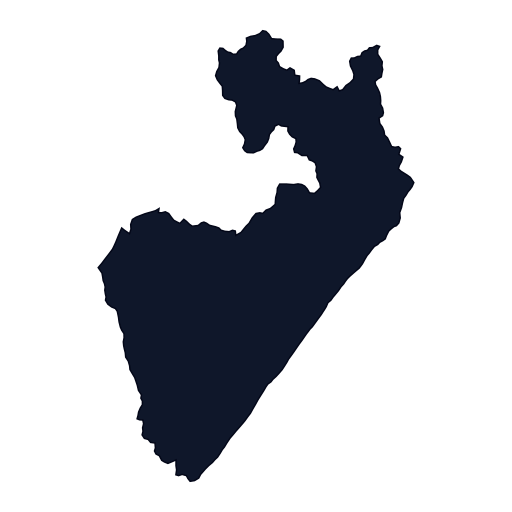 outline of Camaçari, Bahia, Brazil
{"feature_id": "56859067B88239143593841", "entity_name": "Camaçari", "entity_type": "district", "adm_level": 2, "iso_a3": "BRA", "parent_name": "Brazil", "parent_adm1": "Bahia", "projection": "natural_earth1", "projection_center": [-38.197, -12.665], "detail": "fine", "context": "isolated", "style": "filled", "palette": "ink", "viewbox_px": 512, "rotation_deg": 0, "n_neighbors": 0, "source": "geoboundaries", "source_scale": "gbopen_adm2", "svg_char_len": 4966}
<svg xmlns="http://www.w3.org/2000/svg" viewBox="0 0 512 512"><path d="M413.8,182.6L412.2,180.2L410.3,177.4L407.3,175.2L404.1,173.2L400.9,171.2L398.4,168.9L399.3,165.5L401.3,161.9L402.9,157.1L398.8,154.3L400.6,148.7L398.5,146.7L395.1,147.3L391.6,146.6L389.9,142.9L387.5,137.9L384.6,135.1L384.0,131.0L382.4,127.1L379.8,123.5L379.0,118.1L382.6,115.7L383.4,112.7L382.6,108.1L380.5,104.2L380.7,100.7L380.4,96.6L379.5,92.6L377.4,88.0L375.6,84.9L375.0,81.5L378.0,78.8L381.3,76.9L381.9,73.2L382.7,69.5L381.9,65.8L382.3,61.8L380.3,58.3L377.7,54.3L377.7,49.9L379.6,46.4L376.7,45.4L372.7,47.6L369.4,47.8L367.5,50.3L364.6,51.0L362.1,52.7L360.7,56.2L357.5,56.5L354.3,58.0L351.3,58.1L349.7,61.2L350.5,66.0L352.8,70.7L354.0,74.5L353.5,79.1L350.1,82.7L346.0,85.5L342.7,89.7L339.2,90.9L337.1,86.8L333.1,89.7L329.8,88.5L326.2,87.0L323.2,84.5L319.4,80.8L314.7,78.9L311.1,78.4L308.1,79.5L305.7,81.4L302.4,82.9L299.0,83.4L299.5,80.0L299.6,76.0L294.8,75.2L294.2,70.3L290.0,67.9L286.9,70.2L283.3,68.8L279.5,66.6L278.3,63.0L276.1,60.5L276.2,56.4L278.6,53.4L280.9,51.2L283.1,47.3L283.0,41.1L280.7,39.2L276.4,39.1L271.6,38.7L268.8,34.2L265.9,31.4L262.7,30.7L259.8,33.6L255.3,35.6L250.6,36.4L246.4,38.1L246.8,41.3L246.0,45.4L243.3,48.1L240.6,49.3L238.3,51.4L236.6,54.1L233.0,54.3L230.5,52.6L227.7,52.1L225.2,50.4L222.9,48.4L219.9,48.1L218.2,51.0L218.8,55.8L218.8,59.9L219.5,62.9L219.0,67.5L216.8,71.5L215.6,75.7L217.3,79.7L219.9,83.2L222.3,86.2L222.6,90.5L222.7,95.4L224.9,98.4L228.6,99.7L232.2,100.1L235.5,101.9L236.8,105.4L235.3,111.6L235.5,115.9L236.8,118.9L237.4,123.6L237.8,127.8L239.7,131.5L242.2,134.1L244.1,136.7L245.3,139.7L244.5,144.0L242.8,147.7L244.7,150.7L247.2,152.5L250.4,152.7L253.5,152.8L257.1,151.1L259.7,150.4L262.5,148.7L264.4,145.8L267.3,142.0L268.7,138.5L269.4,134.5L271.4,131.8L273.7,129.6L274.9,126.1L278.6,124.3L281.3,125.9L284.7,126.3L288.0,126.7L287.9,131.0L289.6,134.1L292.2,136.8L295.9,138.6L296.2,142.0L295.2,145.5L293.7,148.9L294.6,152.4L297.6,152.7L301.9,155.5L307.2,155.5L309.3,159.9L312.3,160.9L315.1,162.7L316.5,166.7L315.9,170.9L317.1,173.7L316.9,177.4L318.3,180.2L319.8,183.0L320.6,187.4L317.7,190.6L314.5,193.4L309.5,192.9L307.2,188.9L304.7,186.1L301.7,184.5L298.0,183.9L293.7,184.6L286.8,184.1L279.7,184.1L277.4,188.2L277.1,192.5L275.7,197.5L275.4,201.3L275.2,204.4L270.4,208.5L266.1,210.1L262.8,213.4L259.8,212.8L256.0,213.5L252.3,217.8L249.1,223.3L246.2,226.1L244.2,228.5L241.1,232.4L235.8,235.4L235.3,231.0L232.5,230.3L229.2,231.7L224.8,231.3L221.0,230.2L218.9,228.0L215.6,226.8L213.1,226.2L209.5,225.3L206.5,223.2L203.9,222.1L201.3,222.9L198.2,225.5L192.3,226.2L189.6,224.4L186.3,221.2L183.8,219.3L179.9,223.4L176.6,221.8L173.7,220.2L171.2,217.0L168.7,213.5L165.3,211.8L161.6,212.8L158.4,212.6L159.0,208.6L155.5,210.7L152.3,211.7L148.3,212.8L144.9,213.8L140.2,215.6L136.1,217.2L132.4,219.5L130.7,224.4L131.0,229.2L129.5,233.7L124.4,230.2L121.7,228.0L118.2,236.2L115.8,242.2L113.9,246.4L112.5,249.2L110.3,252.2L108.1,255.1L105.6,258.3L103.5,261.1L101.7,263.5L98.2,267.6L102.0,273.1L102.7,277.0L103.2,280.6L104.5,283.7L105.2,287.0L104.8,290.2L105.4,294.0L106.1,297.0L105.5,300.2L107.9,304.2L111.7,307.0L115.4,308.5L117.3,311.3L117.9,314.2L118.5,317.2L119.1,321.9L120.4,327.1L121.7,330.1L124.0,333.6L124.1,337.8L123.3,341.8L123.7,345.8L124.4,349.1L125.3,352.7L125.7,357.1L128.3,361.1L129.6,365.7L130.0,369.6L132.1,373.2L134.7,377.5L135.9,381.0L137.3,385.2L138.5,390.4L141.5,394.9L140.9,398.2L142.4,401.0L142.4,404.7L140.3,408.1L138.6,412.1L138.0,415.6L137.1,418.8L139.6,419.8L142.8,420.0L143.6,423.7L142.6,427.8L143.0,431.3L142.1,434.9L144.4,438.4L148.2,439.4L150.6,442.4L155.0,443.0L155.4,448.0L154.5,451.0L156.0,454.0L159.3,455.7L161.7,460.3L164.3,461.9L167.9,463.4L171.9,461.7L176.0,459.9L176.0,465.7L176.6,469.9L175.9,474.8L178.6,475.6L182.1,474.4L186.4,475.6L188.0,478.6L190.1,481.3L194.5,480.6L198.7,478.1L200.6,474.4L202.9,471.8L205.3,469.0L208.8,465.5L212.4,462.5L215.0,459.5L217.5,457.2L220.3,453.0L222.3,449.6L224.4,447.0L226.8,443.0L230.0,438.2L233.0,434.7L235.7,431.4L238.7,428.0L241.2,425.1L243.2,422.8L245.2,420.3L247.7,416.8L250.4,413.3L252.7,409.1L255.5,404.3L257.9,399.9L260.4,395.9L263.7,390.7L266.0,386.7L267.9,384.0L270.9,381.9L272.9,379.3L276.0,376.5L279.4,372.8L282.0,369.8L284.3,366.3L287.0,362.0L288.5,359.2L291.0,355.8L294.0,351.6L296.3,348.2L299.2,344.0L301.9,340.4L304.3,336.9L306.3,334.0L308.0,331.8L310.0,329.1L312.2,326.9L314.6,323.6L318.3,318.5L321.2,314.6L322.9,311.9L324.5,309.5L326.2,306.7L327.9,302.7L330.9,300.2L332.9,297.3L335.5,294.2L338.4,290.7L341.0,286.8L343.7,283.8L345.4,281.2L347.4,278.6L349.9,276.1L353.3,273.1L355.5,271.2L359.2,268.1L362.4,263.8L364.8,259.4L367.1,255.5L369.2,253.1L371.5,249.9L374.4,246.4L377.7,244.5L379.7,242.3L382.7,240.7L385.2,238.9L386.5,235.5L388.7,231.1L391.3,228.7L393.9,226.6L396.4,225.7L398.8,223.0L400.2,218.0L399.7,212.6L401.5,207.6L402.5,202.8L403.7,198.3L405.9,195.3L408.0,191.8L410.0,189.5L412.0,186.7L413.8,182.6Z" fill="#0f172a" stroke="#020617" stroke-width="1.5"/></svg>